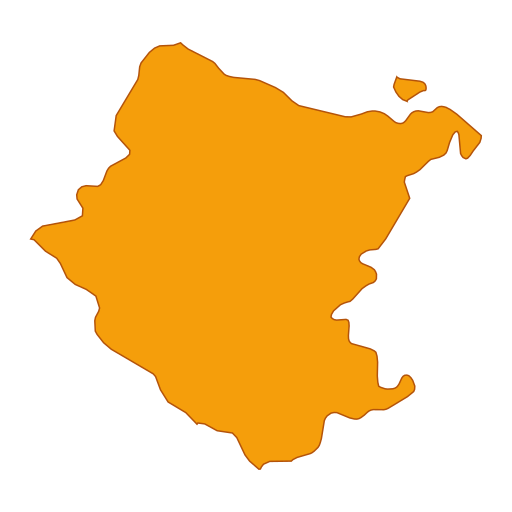 an SVG outline of Arezzo
{"feature_id": "ITA-5387", "entity_name": "Arezzo", "entity_type": "Province", "adm_level": 1, "iso_a3": "ITA", "parent_name": "Italy", "parent_adm1": "", "projection": "natural_earth1", "projection_center": [12.009, 43.52], "detail": "fine", "context": "isolated", "style": "filled", "palette": "amber", "viewbox_px": 512, "rotation_deg": 0, "n_neighbors": 0, "source": "natural_earth", "source_scale": "10m", "svg_char_len": 3265}
<svg xmlns="http://www.w3.org/2000/svg" viewBox="0 0 512 512"><path d="M197.0,424.2L185.8,412.6L168.1,402.0L160.5,389.8L155.6,376.6L153.3,373.9L111.2,349.2L103.6,342.7L97.1,334.4L95.3,331.1L94.8,320.7L95.5,317.3L98.7,311.3L99.6,308.0L95.9,296.1L86.3,289.4L75.2,284.4L67.0,277.6L60.4,263.5L56.7,258.2L45.5,251.2L34.0,239.7L30.7,239.0L35.8,231.0L42.6,226.1L74.8,220.0L82.4,215.8L82.9,208.2L77.1,199.0L76.7,194.8L78.4,189.7L81.8,186.8L86.1,185.7L97.7,186.4L100.7,184.7L103.3,180.6L106.9,171.0L108.6,168.2L110.6,166.2L125.8,158.0L129.6,154.3L129.9,150.3L117.5,136.5L114.1,130.9L116.2,115.6L137.8,79.5L138.8,75.4L139.7,66.7L141.1,62.9L149.4,52.4L154.6,48.1L159.7,45.9L173.5,45.3L180.6,42.8L182.7,44.8L188.2,49.1L212.7,61.6L214.9,63.4L218.6,68.2L224.1,74.1L225.9,75.3L229.1,76.4L233.7,77.4L255.2,79.4L259.6,80.6L275.5,87.6L283.4,92.4L292.0,100.9L298.8,105.6L345.3,116.8L351.2,116.9L361.5,114.0L367.3,111.8L372.3,111.0L375.0,111.0L379.9,111.9L384.3,113.7L387.8,116.1L393.9,121.3L395.8,122.6L398.0,123.3L400.4,123.6L402.6,123.2L404.3,122.1L405.7,120.7L410.5,114.1L411.9,112.8L413.8,111.7L415.9,111.0L418.4,110.8L428.4,112.6L430.8,112.4L432.8,111.7L437.3,107.6L439.3,106.7L441.6,106.4L444.0,106.8L446.2,107.4L447.6,108.2L450.0,109.4L456.8,114.2L481.3,135.6L481.1,138.3L479.8,142.4L473.2,150.9L470.2,155.4L467.6,158.2L465.9,158.8L463.1,157.5L461.7,155.7L460.6,153.6L458.9,134.7L458.2,132.7L457.2,131.3L455.2,131.9L452.8,134.8L449.6,142.4L447.2,150.5L446.0,153.0L443.8,155.1L439.3,157.3L430.8,159.4L428.3,161.4L420.0,169.6L416.6,172.0L413.7,173.6L407.2,175.7L405.4,176.6L404.7,179.5L404.3,182.1L409.7,198.3L385.7,238.9L378.1,248.8L375.8,249.4L369.8,249.9L366.2,251.0L361.2,254.1L359.4,256.7L358.9,259.2L359.6,261.1L360.9,262.7L362.7,263.8L371.1,267.3L374.4,269.8L375.6,271.8L376.5,274.2L376.4,278.8L375.2,280.9L373.4,282.5L369.1,284.0L366.0,285.8L362.1,288.6L352.7,299.1L350.0,301.4L347.8,301.9L344.3,303.0L340.5,304.7L333.6,310.8L331.5,314.4L331.0,317.1L332.3,318.5L334.1,319.6L336.5,320.1L346.1,319.4L348.1,320.3L348.9,322.5L349.1,326.0L348.4,335.5L348.5,338.5L349.0,340.7L350.1,342.4L351.5,343.6L370.3,348.9L374.3,350.9L375.9,352.3L377.0,356.2L377.6,362.2L377.3,376.0L377.8,382.2L378.7,386.2L380.6,387.3L385.1,388.8L387.6,389.1L392.8,388.8L395.1,388.1L396.7,387.1L398.0,385.6L399.1,383.9L401.8,378.0L403.1,376.3L404.7,375.3L406.8,375.1L408.8,375.7L410.9,377.7L412.7,380.4L414.8,386.1L414.6,389.3L413.7,391.5L407.5,396.6L388.0,408.4L386.1,409.2L383.9,409.7L373.2,409.6L370.9,410.1L369.0,411.0L367.4,412.2L364.3,415.1L360.9,417.6L359.0,418.6L356.9,419.1L354.4,419.0L349.7,417.9L336.9,412.6L334.1,412.5L331.1,413.1L327.2,415.8L325.4,418.2L324.3,420.7L321.4,438.5L320.3,442.5L319.3,445.3L318.0,447.4L314.1,451.2L311.9,452.8L310.2,453.6L297.2,457.4L292.9,459.6L291.3,461.1L269.7,461.4L263.5,464.2L261.4,466.9L260.4,469.0L258.9,469.2L249.6,461.1L245.0,454.9L236.8,437.6L232.4,433.0L217.1,430.7L204.7,423.9L197.9,423.0L197.0,424.2ZM396.8,76.9L397.1,77.3L400.0,78.8L419.8,81.2L422.9,82.2L424.2,83.2L424.8,83.8L425.2,84.5L425.6,85.3L425.9,86.2L426.1,88.1L426.0,89.2L425.8,90.0L425.4,90.4L424.9,90.6L423.4,90.6L419.8,92.1L408.0,99.8L406.9,101.0L407.0,101.3L402.7,99.6L399.0,96.4L395.9,92.0L393.6,87.0L394.1,84.4L396.8,76.9Z" fill="#f59e0b" stroke="#b45309" stroke-width="1.5"/></svg>